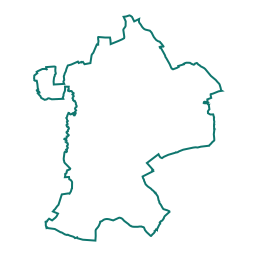 outline of Ciortesti, Iasi, Romania
{"feature_id": "2599482B12442358854249", "entity_name": "Ciortesti", "entity_type": "district", "adm_level": 2, "iso_a3": "ROU", "parent_name": "Romania", "parent_adm1": "Iasi", "projection": "natural_earth1", "projection_center": [27.848, 46.913], "detail": "fine", "context": "isolated", "style": "outline", "palette": "teal", "viewbox_px": 256, "rotation_deg": 0, "n_neighbors": 0, "source": "geoboundaries", "source_scale": "gbopen_adm2", "svg_char_len": 5649}
<svg xmlns="http://www.w3.org/2000/svg" viewBox="0 0 256 256"><path d="M157.0,230.0L157.0,229.4L159.1,225.1L159.6,224.2L160.2,223.7L160.1,223.2L160.2,222.9L159.8,222.4L160.9,221.2L161.6,221.0L162.6,220.2L162.9,219.5L163.8,218.5L163.9,217.6L164.7,216.2L169.5,211.9L169.3,211.2L168.6,211.0L167.6,210.4L163.4,209.1L162.3,207.5L161.0,205.0L159.5,203.0L159.3,202.6L159.3,201.5L158.6,200.3L157.9,196.8L157.4,195.7L156.3,194.3L156.0,193.5L155.6,193.4L155.5,192.9L155.1,193.0L154.8,192.7L154.6,192.4L154.5,191.9L154.0,191.6L153.3,190.7L152.4,190.2L151.0,188.7L147.7,186.4L145.6,184.3L144.7,182.0L144.2,181.1L143.9,179.6L143.0,178.0L142.6,176.5L153.1,171.2L152.1,170.1L152.3,169.7L152.8,169.6L146.9,163.0L158.5,154.2L159.3,155.9L160.4,157.4L162.0,158.1L163.9,156.8L168.3,154.8L175.1,152.8L175.9,152.3L176.4,152.5L177.7,152.2L178.9,151.4L183.2,149.7L193.2,147.6L195.5,147.3L197.7,147.5L200.8,146.7L209.2,145.7L209.5,145.1L211.5,143.2L211.7,142.7L214.2,140.5L214.3,140.0L214.2,138.0L213.8,134.3L214.3,130.2L214.2,130.1L214.1,128.9L214.4,128.8L214.2,128.6L214.0,126.1L214.1,125.8L214.0,125.0L214.3,124.5L214.1,124.1L214.3,121.3L214.0,120.3L213.9,118.3L214.0,118.1L213.9,117.7L214.1,117.2L213.7,116.4L213.2,114.4L210.3,114.5L208.0,113.2L207.9,111.3L208.8,109.9L209.4,109.3L208.8,104.9L208.9,104.7L208.5,104.7L207.8,104.1L207.6,103.4L207.8,103.1L205.8,103.3L204.0,103.2L203.7,103.0L204.0,102.0L204.4,101.8L204.9,101.7L205.5,102.1L207.6,101.5L207.7,101.2L207.4,100.5L207.3,99.4L211.2,97.9L210.6,95.0L210.7,94.2L213.0,93.6L218.7,91.3L221.9,90.8L221.1,90.3L220.6,87.8L219.6,84.5L219.2,83.8L217.3,81.8L215.8,80.0L210.9,75.9L205.2,69.0L203.8,67.9L200.5,66.2L199.8,65.4L198.2,64.5L197.3,63.3L196.8,63.0L195.0,63.6L194.4,64.4L193.8,64.7L191.8,64.0L189.9,62.8L186.6,62.7L185.3,63.0L183.7,63.8L183.9,64.3L178.3,66.0L178.7,66.9L176.9,67.9L173.0,69.3L172.2,68.7L171.7,68.6L171.0,67.3L169.7,64.2L166.2,58.0L165.4,56.9L165.1,55.5L163.1,51.8L160.8,47.8L160.2,48.0L159.7,47.0L160.3,46.7L163.4,46.6L163.5,46.4L161.0,43.1L160.5,42.8L159.9,41.8L157.9,41.1L156.1,39.9L153.8,37.0L151.6,32.6L149.9,30.7L145.4,29.6L144.2,29.0L143.1,28.0L142.0,26.7L140.9,24.8L139.3,22.7L139.0,21.8L138.9,20.2L139.1,19.0L134.2,21.4L132.0,16.9L130.5,15.8L129.4,15.4L126.1,16.5L123.6,16.8L125.7,21.3L125.6,25.9L125.3,26.7L123.5,29.2L123.3,29.9L124.3,36.9L124.1,38.2L122.2,39.3L117.9,41.2L110.7,44.1L110.4,39.7L110.0,37.5L104.8,37.5L98.3,37.0L98.1,37.3L98.2,39.8L98.5,40.9L98.1,43.7L98.2,44.7L97.8,44.8L96.8,44.5L93.3,52.8L92.3,53.9L91.6,55.1L90.4,63.1L84.5,64.2L82.9,61.9L81.5,62.4L81.3,62.0L78.7,63.0L77.9,61.6L71.1,64.6L67.8,65.5L66.4,69.0L65.8,71.4L64.7,73.5L64.4,74.8L63.8,76.2L64.2,80.0L63.5,81.3L63.4,81.9L64.2,83.9L53.8,84.5L53.6,81.5L54.0,78.0L54.2,77.1L54.7,76.2L54.9,74.6L55.7,73.9L55.8,73.5L55.6,72.3L55.4,71.8L55.3,69.7L55.5,67.6L55.4,66.8L54.3,66.5L46.1,67.1L46.2,68.4L46.8,69.3L46.7,69.4L45.4,68.9L42.4,69.0L37.5,71.3L36.6,71.9L37.3,73.2L34.3,75.5L34.1,78.5L34.4,79.6L34.3,80.2L35.2,80.8L36.7,80.7L36.8,80.9L37.4,84.3L37.8,88.4L38.2,89.1L36.8,90.3L37.5,91.6L37.8,91.7L38.6,91.2L39.3,92.0L39.4,92.3L38.7,92.3L38.4,92.6L38.6,93.0L37.9,93.4L39.8,95.6L40.3,95.9L41.2,97.9L44.7,99.8L46.6,99.4L48.2,98.3L48.9,98.3L51.8,99.3L63.3,98.8L62.8,97.5L63.5,95.8L63.5,94.5L63.8,93.4L64.9,90.9L65.1,88.4L65.0,86.6L68.7,86.7L68.5,87.9L68.8,89.1L68.4,89.8L68.0,90.1L68.2,90.9L69.6,91.3L70.7,91.0L71.6,91.1L72.5,92.4L73.6,93.1L73.6,93.6L72.8,93.9L72.4,94.5L73.3,95.3L73.7,96.0L73.7,96.4L72.8,97.2L72.5,98.4L73.2,99.2L73.0,100.0L73.3,100.3L74.1,101.1L74.8,101.0L75.2,101.8L75.8,102.8L75.9,104.4L76.5,105.5L76.7,106.2L76.5,106.9L75.5,107.5L75.0,108.8L76.1,110.4L74.9,111.9L75.6,112.7L75.7,113.3L74.7,115.3L74.1,115.4L73.3,114.5L73.3,114.2L73.7,113.7L73.5,113.0L73.0,113.1L71.2,114.2L70.4,114.4L69.9,114.1L69.3,113.1L68.5,112.9L68.2,113.7L67.3,115.5L67.3,115.9L66.7,117.6L66.3,118.0L66.8,118.7L67.2,120.3L67.8,121.0L66.9,121.9L67.5,123.8L67.5,124.3L66.6,124.8L66.5,125.2L67.0,126.6L67.6,127.0L68.1,126.8L68.7,127.6L68.9,128.7L68.5,129.0L67.8,130.4L67.9,131.3L66.8,131.8L66.5,132.2L66.7,132.9L67.3,133.5L68.3,135.0L68.7,135.1L68.7,135.4L67.6,136.4L66.7,136.5L66.7,137.7L66.3,138.4L64.9,138.6L64.5,138.7L64.3,139.1L65.8,140.1L66.5,140.3L66.6,140.6L66.5,141.8L65.9,142.1L66.6,142.7L67.6,143.2L67.9,144.2L67.8,145.0L67.2,145.5L66.9,146.1L67.3,146.9L67.7,147.3L67.8,147.8L67.4,148.0L67.1,149.2L66.2,149.6L67.0,151.0L66.9,151.6L66.3,152.1L65.2,151.6L64.5,152.4L63.7,158.5L63.8,160.2L64.0,160.4L64.3,162.2L64.9,163.1L70.2,168.5L69.9,169.3L69.5,169.6L68.9,169.6L68.2,170.1L67.3,170.2L67.2,170.8L66.7,171.3L66.7,172.4L66.3,173.3L65.3,173.8L65.1,174.1L65.4,174.7L64.9,177.2L69.0,177.0L69.3,179.3L70.7,180.0L71.8,181.4L72.1,182.2L72.0,188.5L71.7,188.7L70.9,191.4L69.5,193.7L68.4,193.4L61.8,194.4L58.5,204.8L57.1,206.3L55.0,209.2L53.6,210.5L53.5,211.0L53.0,211.5L58.0,213.6L56.6,216.3L55.5,217.6L52.1,220.4L49.1,218.7L47.4,220.5L47.0,221.5L45.6,221.7L45.5,222.0L45.8,222.8L45.8,225.4L46.5,228.0L47.4,227.5L47.8,228.1L54.8,229.0L60.7,232.3L61.6,232.4L64.9,234.4L67.0,235.0L67.8,234.7L69.7,235.6L73.0,236.6L73.9,237.0L75.0,238.1L77.2,237.4L77.4,238.2L82.8,239.7L95.4,240.6L95.7,236.0L95.6,230.7L95.9,229.6L98.0,227.1L98.9,225.7L100.2,222.5L100.2,221.7L101.9,221.1L103.6,219.8L105.2,219.2L106.9,219.0L108.9,219.2L113.2,220.4L118.9,217.8L119.7,217.7L121.3,218.2L122.3,218.8L124.2,220.9L128.6,224.2L129.5,225.2L130.6,225.9L130.9,225.9L131.2,226.2L132.3,226.6L134.0,226.8L137.8,226.8L139.8,226.5L141.6,226.5L142.0,226.8L143.6,227.2L144.1,227.8L145.0,230.1L146.6,232.1L150.7,235.9L151.2,235.9L152.3,234.5L153.8,233.2L154.8,231.8L154.6,231.1L155.1,230.9L156.1,229.4L157.0,230.0Z" fill="none" stroke="#0f766e" stroke-width="2"/></svg>